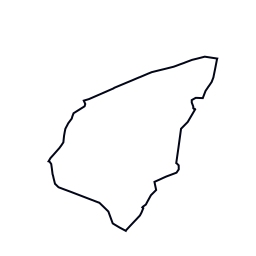 outline of Sami', Ta`izz, Yemen, rotated 111°
{"feature_id": "15242507B43926728713037", "entity_name": "Sami'", "entity_type": "district", "adm_level": 2, "iso_a3": "YEM", "parent_name": "Yemen", "parent_adm1": "Ta`izz", "projection": "natural_earth1", "projection_center": [44.119, 13.381], "detail": "fine", "context": "isolated", "style": "outline", "palette": "ink", "viewbox_px": 256, "rotation_deg": 111, "n_neighbors": 0, "source": "geoboundaries", "source_scale": "gbopen_adm2", "svg_char_len": 1658}
<svg xmlns="http://www.w3.org/2000/svg" viewBox="0 0 256 256"><g transform="rotate(111 128 128)"><path d="M224.8,93.2L224.3,93.2L218.8,91.0L205.4,85.5L202.1,85.1L197.4,85.0L197.0,86.2L196.3,86.0L193.1,83.9L188.1,83.3L187.8,83.2L186.7,83.1L186.1,83.0L182.5,82.5L175.8,79.5L169.3,83.7L168.8,84.0L164.6,79.8L161.6,76.9L159.6,74.9L153.3,67.8L152.3,66.7L148.4,65.8L144.7,67.3L143.4,70.2L143.4,70.4L128.5,73.8L109.7,78.2L101.0,74.4L86.5,72.0L86.2,72.6L86.5,73.4L86.1,74.2L84.5,74.8L81.4,77.6L79.1,78.5L75.6,75.6L74.7,73.1L74.6,72.8L74.5,72.4L73.3,68.9L70.2,68.9L65.5,68.9L65.1,68.8L62.6,68.2L60.3,67.7L60.1,67.6L59.3,67.4L55.1,66.4L52.3,66.4L50.5,66.4L50.2,66.4L48.5,66.7L41.3,67.9L31.7,69.6L31.2,69.6L33.9,81.9L38.3,88.1L41.5,92.7L42.4,93.7L46.4,98.2L47.0,98.8L50.0,102.3L53.2,105.9L53.7,106.5L54.4,107.3L59.6,114.7L63.4,120.2L67.6,126.2L67.8,126.3L70.2,128.9L70.7,129.4L76.4,135.3L76.7,135.7L79.2,138.3L79.3,138.4L82.4,141.6L86.1,145.5L88.5,148.0L95.0,154.8L95.6,155.4L96.1,155.6L115.0,174.8L118.3,179.1L120.9,176.5L123.3,176.3L133.7,184.1L135.6,184.1L137.1,184.1L139.4,183.9L145.0,185.5L145.3,185.5L145.7,185.6L145.9,185.6L147.0,185.7L151.1,186.2L154.1,185.7L158.2,184.9L164.6,183.2L166.3,183.6L167.2,183.8L167.3,183.8L167.7,183.9L170.3,184.6L171.4,184.9L183.9,189.6L187.6,190.2L187.5,189.2L189.1,186.8L193.6,184.3L198.1,181.9L199.8,180.6L201.2,179.7L206.2,176.2L206.3,176.1L206.3,175.9L206.6,175.3L207.8,172.6L208.2,171.6L208.2,166.5L208.1,158.3L208.1,153.3L208.1,145.0L208.1,138.0L208.1,127.8L210.3,122.6L213.0,116.4L213.8,115.7L222.4,108.2L222.5,108.1L222.6,107.8L222.7,107.3L223.9,100.4L224.8,93.2Z" fill="none" stroke="#020617" stroke-width="2"/></g></svg>